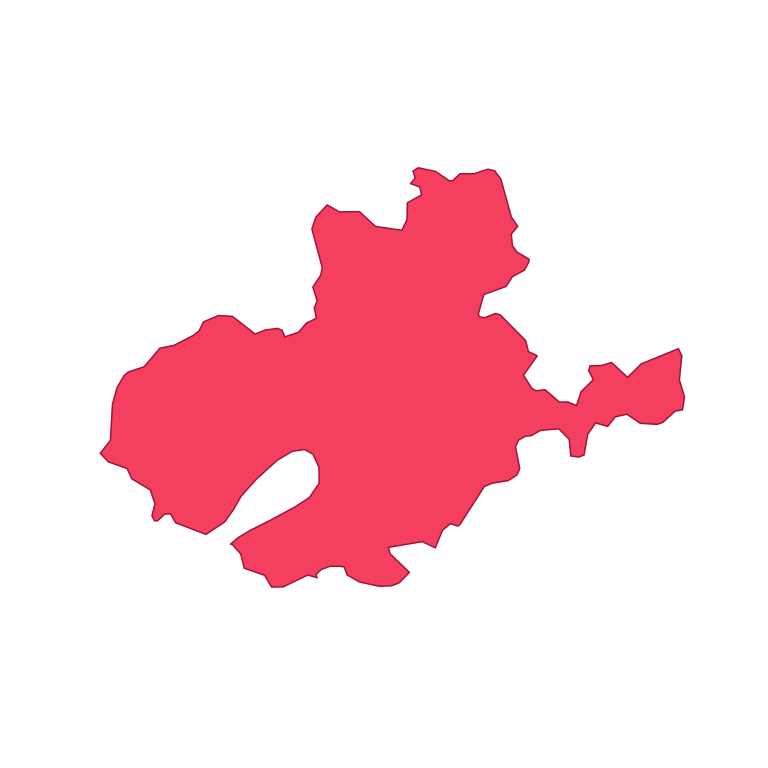 the border of Staffordshire, rotated 251°
{"feature_id": "GBR-2777", "entity_name": "Staffordshire", "entity_type": "Administrative County", "adm_level": 1, "iso_a3": "GBR", "parent_name": "United Kingdom", "parent_adm1": "", "projection": "orthographic", "projection_center": [-2.054, 52.818], "detail": "fine", "context": "isolated", "style": "filled", "palette": "rose", "viewbox_px": 768, "rotation_deg": 251, "n_neighbors": 0, "source": "natural_earth", "source_scale": "10m", "svg_char_len": 2221}
<svg xmlns="http://www.w3.org/2000/svg" viewBox="0 0 768 768"><g transform="rotate(251 384 384)"><path d="M246.3,435.2L226.4,410.0L225.7,407.6L230.3,401.3L226.7,391.7L214.3,380.8L212.4,379.2L222.5,368.8L228.1,335.0L221.4,334.5L197.6,346.7L191.1,333.8L190.7,325.6L194.2,313.8L204.7,296.5L215.4,287.0L224.1,286.8L226.5,281.7L229.2,273.6L229.1,264.4L226.2,257.9L222.7,257.5L228.2,249.7L225.0,222.6L228.6,211.6L242.0,208.8L255.3,191.9L270.0,193.2L281.4,188.5L282.6,187.0L286.1,195.8L289.1,209.4L292.0,230.9L296.7,259.5L301.0,276.7L311.3,290.4L326.4,295.4L340.7,294.0L348.0,287.5L350.2,275.4L346.7,258.2L335.6,232.4L324.4,212.3L314.9,201.6L305.5,188.6L299.8,166.7L320.5,141.9L330.7,139.8L332.4,134.3L328.4,125.4L329.3,122.5L335.0,121.7L345.3,128.5L360.0,128.5L376.6,114.6L387.6,113.6L400.2,98.0L410.9,93.2L419.8,107.0L453.1,120.6L467.4,130.3L476.5,140.9L478.6,146.0L478.4,162.9L490.8,183.7L488.9,198.0L492.0,219.4L494.4,226.5L501.6,233.6L502.6,250.0L497.2,262.8L473.2,278.4L473.7,289.6L471.2,301.4L468.1,305.1L460.9,305.6L460.7,320.0L466.8,330.4L468.2,341.5L478.8,342.9L484.3,347.9L498.8,348.3L507.5,359.6L514.0,363.5L554.1,366.3L564.0,374.0L571.8,388.5L561.2,397.9L555.0,416.9L535.8,427.2L523.5,450.9L532.0,459.3L547.8,465.1L550.5,481.0L558.6,482.0L564.8,474.4L568.5,480.5L575.9,480.8L577.3,486.7L568.1,502.1L554.7,512.0L553.9,515.2L558.0,524.2L553.5,537.5L553.3,552.2L549.5,558.1L539.6,561.2L500.3,558.8L489.6,561.8L484.2,553.1L472.9,550.5L465.4,552.7L454.8,561.8L452.2,560.7L446.0,553.8L443.7,540.4L436.5,531.0L436.1,507.5L419.5,496.0L416.5,496.0L413.9,500.7L414.4,512.3L411.5,516.4L378.8,532.1L367.7,531.1L360.7,538.0L346.9,518.8L331.9,522.3L328.1,525.5L326.1,534.5L309.8,543.9L307.2,551.9L300.9,559.0L312.5,567.8L320.0,583.3L330.1,581.9L334.1,584.7L330.7,595.3L330.3,606.1L311.0,616.5L319.3,633.9L321.5,673.9L313.8,674.8L291.7,664.6L273.8,663.9L262.4,657.8L263.6,650.4L256.9,635.1L257.0,629.0L263.4,613.5L276.4,603.8L277.6,592.0L271.1,581.7L278.3,571.4L270.2,560.3L251.8,550.1L251.5,544.3L255.1,537.2L271.5,541.1L284.7,534.7L289.2,516.9L287.2,506.5L288.6,500.6L287.2,493.0L281.8,487.9L259.8,484.8L254.7,480.1L252.2,469.9L255.0,454.0L254.4,445.4L246.3,435.2Z" fill="#f43f5e" stroke="#9f1239" stroke-width="1.5"/></g></svg>